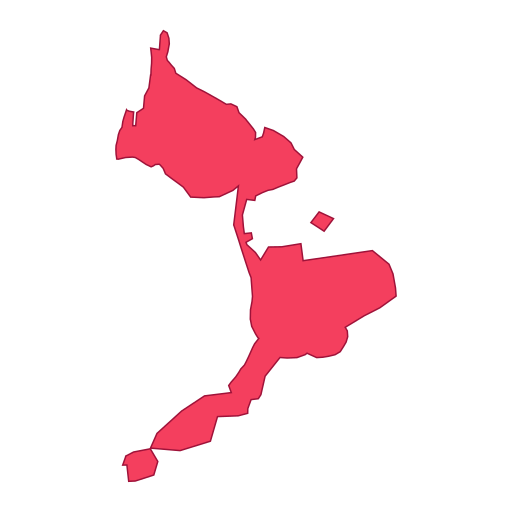 the district of Nasr, Aswan, Egypt
{"feature_id": "37247803B32135052764998", "entity_name": "Nasr", "entity_type": "district", "adm_level": 2, "iso_a3": "EGY", "parent_name": "Egypt", "parent_adm1": "Aswan", "projection": "robinson", "projection_center": [32.989, 24.512], "detail": "fine", "context": "isolated", "style": "filled", "palette": "rose", "viewbox_px": 512, "rotation_deg": 0, "n_neighbors": 0, "source": "geoboundaries", "source_scale": "gbopen_adm2", "svg_char_len": 2852}
<svg xmlns="http://www.w3.org/2000/svg" viewBox="0 0 512 512"><path d="M126.5,109.9L124.0,117.3L122.8,121.6L122.0,127.2L122.0,127.3L119.8,130.5L118.4,134.6L117.3,140.7L116.1,145.4L115.9,149.3L116.1,154.3L116.7,158.4L116.7,159.0L117.1,159.0L118.2,159.2L125.6,157.5L132.1,157.1L132.9,157.1L133.3,157.2L135.3,157.5L135.8,157.8L139.1,159.7L139.6,160.1L140.1,160.4L142.3,161.9L146.2,164.5L148.4,165.5L150.8,166.7L151.2,166.8L153.5,165.8L155.3,164.5L155.7,164.5L159.2,164.2L160.2,165.0L163.2,168.4L165.5,173.9L168.1,175.8L171.5,178.4L178.1,183.2L183.2,187.0L183.8,187.7L187.1,192.2L190.7,197.1L195.5,197.3L199.3,197.5L204.0,197.7L214.3,196.9L219.3,196.7L232.9,190.4L238.4,185.9L237.0,197.8L233.7,225.0L234.0,225.7L238.7,240.2L241.1,247.9L245.8,262.5L248.8,271.7L249.1,272.6L251.1,277.7L251.4,281.9L252.5,296.4L252.1,300.6L252.1,301.0L252.0,301.6L250.9,307.6L250.5,309.7L250.3,319.3L250.5,320.0L251.7,326.3L255.5,333.8L257.1,336.4L258.0,337.7L258.8,338.4L254.6,343.8L252.7,347.5L249.9,353.8L248.4,357.1L246.0,362.1L244.4,365.1L240.9,368.8L238.9,372.2L235.8,376.8L231.1,382.2L228.7,385.5L231.3,392.6L204.5,395.9L181.8,410.9L180.9,411.7L157.0,433.4L150.5,448.1L180.1,450.6L210.4,441.2L217.5,416.6L238.2,415.8L247.7,413.3L247.8,408.6L251.1,399.6L258.3,398.7L260.9,394.7L265.1,376.2L280.0,357.5L287.2,358.0L297.0,357.6L305.3,354.6L307.0,353.2L316.7,357.6L322.9,357.2L328.4,356.3L335.1,354.7L340.2,351.7L343.4,346.7L346.1,342.1L347.7,336.7L347.3,330.9L345.2,327.3L364.3,315.7L379.8,307.8L396.1,296.1L395.5,288.0L393.0,273.9L389.0,264.2L372.4,250.6L303.1,260.7L300.9,243.7L281.8,246.8L268.5,247.0L260.6,260.0L255.4,252.5L246.9,244.7L246.0,242.3L252.4,238.7L251.3,232.9L244.3,233.6L243.4,226.8L242.4,215.0L246.7,199.4L254.8,200.4L255.7,195.9L262.4,192.6L268.1,190.3L272.9,189.4L278.3,187.1L284.0,184.9L290.3,182.4L294.2,181.1L296.9,177.9L296.5,168.8L299.8,162.8L302.8,157.2L294.3,149.5L291.0,142.9L283.7,136.5L273.4,130.5L264.8,127.5L263.6,133.0L262.3,136.8L254.8,139.6L255.5,137.2L255.6,132.5L253.4,128.9L247.9,122.0L246.8,120.7L245.7,119.2L239.0,112.7L236.9,106.7L230.9,103.9L226.7,104.3L226.3,104.3L217.8,99.3L204.8,92.0L196.6,87.9L186.2,79.8L175.8,73.2L174.3,68.4L171.4,65.2L168.8,62.0L167.3,60.4L166.3,56.8L167.9,51.6L168.0,50.9L169.3,43.8L168.9,38.3L167.1,32.8L163.4,30.7L160.4,35.2L160.4,36.2L159.4,49.6L158.9,49.6L151.7,48.3L150.7,48.1L151.1,51.6L151.7,57.5L151.6,63.2L151.1,69.1L150.9,75.0L150.6,75.0L148.9,87.9L144.6,95.9L143.5,108.3L136.8,112.7L135.7,125.7L132.8,125.7L132.8,123.7L133.5,113.4L133.6,112.5L133.7,112.0L130.4,111.4L128.9,111.1L126.6,110.1L126.5,109.9ZM128.7,481.3L135.3,481.0L153.8,475.0L157.8,461.5L150.3,448.8L133.6,452.0L125.9,456.0L125.7,456.1L125.6,456.9L122.7,465.1L126.9,465.0L128.7,481.3ZM333.5,218.6L324.7,214.5L319.1,211.9L310.9,222.6L316.0,225.9L324.1,231.2L333.5,218.6Z" fill="#f43f5e" stroke="#9f1239" stroke-width="1.5"/></svg>